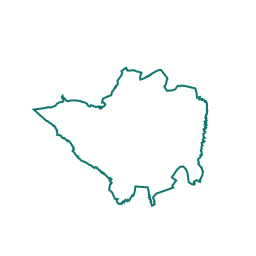 Chalchicomula de Sesma, Puebla, Mexico (Albers equal-area conic projection), rotated 212°
{"feature_id": "50627088B80469621247592", "entity_name": "Chalchicomula de Sesma", "entity_type": "district", "adm_level": 2, "iso_a3": "MEX", "parent_name": "Mexico", "parent_adm1": "Puebla", "projection": "albers", "projection_center": [-97.433, 18.977], "detail": "fine", "context": "isolated", "style": "outline", "palette": "teal", "viewbox_px": 256, "rotation_deg": 212, "n_neighbors": 0, "source": "geoboundaries", "source_scale": "gbopen_adm2", "svg_char_len": 5686}
<svg xmlns="http://www.w3.org/2000/svg" viewBox="0 0 256 256"><g transform="rotate(212 128 128)"><path d="M87.6,73.4L88.5,77.5L90.8,82.3L79.8,88.1L75.2,83.3L75.2,82.6L73.6,82.3L73.8,80.6L72.1,80.4L72.2,79.3L70.5,79.0L70.6,78.6L69.6,77.9L69.8,77.4L66.5,74.8L65.0,77.3L66.7,78.6L66.2,79.5L69.5,82.0L69.4,82.1L69.9,82.8L69.2,87.4L58.0,101.4L59.9,102.7L59.3,109.0L64.6,109.3L64.3,119.0L64.2,119.1L63.2,122.8L60.7,124.6L58.7,124.2L57.5,123.9L56.5,123.4L54.4,122.0L53.0,120.6L47.8,114.2L43.6,114.2L41.9,115.0L41.8,115.7L42.0,116.2L42.3,116.5L42.3,115.7L42.6,115.3L43.0,115.2L42.9,115.7L43.6,117.4L43.4,118.1L43.0,118.9L41.9,120.2L41.5,120.4L39.7,120.2L38.4,120.4L38.5,121.4L39.0,121.7L38.9,121.9L39.0,122.0L39.2,121.8L39.6,122.7L39.4,122.8L39.3,122.7L39.6,123.8L39.6,125.3L39.9,126.4L40.0,127.7L40.4,128.8L40.9,129.6L41.3,130.6L41.8,131.3L42.1,131.5L43.2,131.8L44.0,132.9L44.6,133.3L44.7,133.5L45.1,133.5L45.3,133.3L45.6,133.6L47.0,133.8L47.9,134.5L48.4,134.6L48.7,134.5L49.0,134.7L49.3,134.7L49.3,135.3L49.6,135.8L49.6,136.3L51.5,137.8L51.9,138.4L52.0,139.4L51.7,139.7L51.2,141.3L51.5,142.1L52.0,142.8L51.4,143.0L51.3,144.0L51.4,144.5L51.2,144.5L51.3,144.8L51.8,144.8L51.8,145.0L52.4,145.8L52.9,146.8L53.9,147.1L54.4,147.5L54.6,148.8L54.3,149.0L54.6,149.9L55.3,150.4L55.8,151.2L56.1,152.6L55.7,152.9L56.8,153.4L57.8,154.5L56.7,156.3L56.3,156.1L56.2,156.7L57.3,157.1L57.5,157.2L57.0,157.5L57.8,157.7L58.3,158.1L58.5,158.9L58.4,159.8L58.7,160.0L58.1,160.4L59.3,160.7L59.1,160.7L59.2,160.8L59.8,161.6L60.1,161.7L60.5,162.2L60.6,162.7L60.6,163.4L60.8,163.4L60.2,164.3L60.5,165.1L60.3,165.3L60.3,165.7L61.4,165.7L62.3,166.0L62.7,166.3L62.2,167.3L62.2,167.7L62.7,167.7L62.4,168.3L61.7,168.7L61.0,169.0L61.7,169.0L62.0,169.3L62.2,169.2L62.0,169.6L62.4,169.6L62.6,169.8L63.1,169.6L64.2,170.3L63.4,170.1L63.1,170.6L63.2,170.9L63.6,170.7L63.7,171.0L63.4,171.1L63.5,171.2L63.7,171.5L64.2,171.8L64.3,172.0L64.1,172.0L64.0,171.9L63.2,172.3L63.8,172.7L64.4,172.4L64.2,172.9L64.2,173.4L65.2,173.3L65.0,174.1L65.5,174.1L65.4,174.2L65.6,174.3L65.4,174.4L65.5,174.5L65.1,174.7L65.2,174.9L65.6,174.7L65.7,175.0L65.3,175.3L65.4,175.8L65.3,176.0L66.7,176.8L66.4,176.9L66.6,177.4L66.8,177.3L67.0,177.7L66.7,177.8L66.7,178.1L67.3,178.4L67.8,178.2L68.1,179.4L68.4,179.2L68.9,180.4L68.4,180.7L68.7,182.0L69.1,182.4L69.2,183.0L70.1,184.3L69.9,184.9L70.7,185.6L71.1,185.6L72.6,188.4L73.2,189.3L73.8,190.0L73.7,190.2L75.3,191.6L76.3,191.0L76.6,191.9L78.9,191.4L79.0,191.8L80.0,191.0L80.5,191.9L82.8,190.1L83.4,192.4L85.5,190.2L88.7,194.4L92.0,197.2L103.2,193.4L103.2,193.2L105.6,192.0L106.5,190.5L108.2,190.1L108.4,186.3L108.7,185.5L110.1,183.6L114.7,180.2L119.2,182.3L119.3,182.7L118.9,183.9L119.1,185.3L120.1,188.2L120.8,191.0L130.8,194.7L131.8,194.2L134.2,191.2L135.0,189.6L135.0,189.3L135.6,188.7L135.9,187.7L136.2,187.5L136.2,187.1L136.7,186.7L136.8,186.3L136.7,185.9L136.8,185.6L137.4,185.1L137.3,184.7L137.7,184.4L137.8,184.0L137.7,183.1L138.0,182.9L138.6,182.7L138.7,182.4L138.7,181.6L139.7,181.1L139.9,180.5L139.8,180.0L140.1,179.5L143.1,175.6L144.8,177.6L145.9,182.1L148.1,181.4L148.3,181.5L148.6,181.2L151.0,180.5L153.9,180.0L157.1,177.5L158.9,176.4L161.5,178.1L163.7,172.8L163.6,172.6L162.3,171.8L162.2,171.0L161.9,170.7L161.6,170.2L161.9,162.4L161.3,161.4L160.4,160.8L160.0,160.2L159.9,158.3L160.3,158.0L160.6,157.5L160.1,156.4L160.4,156.4L160.5,156.2L160.4,155.7L160.6,155.4L160.4,155.2L160.7,155.0L160.6,154.7L160.6,154.3L160.4,153.9L160.4,152.7L160.7,150.1L160.4,149.0L159.9,148.3L159.6,146.8L160.8,145.5L161.8,143.7L162.2,143.7L164.7,139.7L164.4,138.3L164.4,137.5L163.9,137.0L163.4,135.9L163.0,136.4L162.3,136.6L160.6,136.4L160.1,136.1L159.7,135.7L159.8,134.0L160.3,132.8L161.6,132.1L160.8,130.8L162.0,129.8L162.7,130.7L163.2,130.2L163.7,131.0L164.0,130.7L164.4,130.5L164.7,130.2L165.7,129.7L165.9,129.4L165.7,129.4L166.5,128.7L171.6,127.7L171.6,126.2L172.4,125.8L173.5,125.7L175.6,126.8L176.7,126.9L179.1,126.5L180.7,125.7L181.7,126.0L182.3,125.6L182.9,125.6L187.5,123.4L192.0,120.3L192.9,119.0L194.3,118.6L195.2,118.6L196.8,119.3L197.2,119.1L198.6,119.7L199.7,119.7L200.2,120.0L200.5,120.4L200.7,119.5L200.5,119.1L197.7,117.5L197.1,116.7L197.1,116.3L197.2,115.8L197.4,115.5L199.9,113.2L201.1,111.2L201.3,110.6L201.1,109.7L201.4,108.4L201.7,107.7L202.7,106.9L203.1,105.7L203.5,105.3L205.2,103.9L206.4,103.7L206.7,103.4L209.9,100.1L216.2,95.0L217.6,93.7L206.9,91.8L206.0,91.8L205.1,91.6L203.5,91.4L201.3,90.7L200.9,90.8L200.3,91.1L199.7,91.3L198.2,90.8L197.2,91.1L196.1,90.8L195.4,90.9L194.1,90.8L192.9,90.4L192.5,90.4L192.0,90.1L191.7,90.2L191.6,90.6L191.0,90.4L190.4,90.5L189.4,89.5L188.7,89.1L187.3,88.8L186.9,87.7L186.4,87.7L186.1,86.9L185.0,85.9L184.4,84.7L183.5,85.5L182.7,85.3L182.3,85.3L181.7,85.6L181.4,86.0L180.4,85.8L179.0,85.0L178.6,84.9L177.4,84.9L177.0,85.7L176.8,85.7L176.3,85.7L176.1,85.5L174.1,85.3L174.1,85.2L172.3,84.7L172.0,85.7L171.8,85.8L169.4,85.2L166.4,83.7L165.7,83.5L165.0,82.7L163.7,82.6L163.3,82.2L162.9,81.5L163.1,81.2L162.4,81.0L162.9,79.2L160.1,78.5L158.1,77.5L157.7,77.5L156.7,77.1L155.4,77.0L155.2,77.2L155.0,76.3L152.3,76.2L151.8,75.9L149.7,75.6L149.2,75.6L147.7,76.2L146.8,76.1L146.1,76.4L143.8,76.4L141.8,76.2L139.1,76.7L137.3,76.5L137.2,76.2L135.1,76.3L135.0,77.5L133.5,77.5L133.4,77.9L130.2,77.0L129.5,77.3L129.2,77.2L128.9,77.0L128.9,76.7L126.6,76.1L126.6,76.9L124.4,76.3L124.4,76.8L117.0,74.9L116.7,76.2L114.8,75.8L115.4,73.5L112.8,73.0L112.9,70.6L113.2,70.7L112.5,68.2L111.3,65.6L107.3,64.9L101.6,61.0L99.1,62.2L99.1,61.1L98.9,60.2L98.3,59.6L96.8,58.9L95.5,58.8L94.8,59.1L94.2,59.7L93.8,60.4L93.5,61.9L93.1,61.4L93.1,63.0L92.5,63.8L91.9,63.3L92.1,65.7L90.0,65.5L90.2,66.9L88.6,66.9L88.7,73.4L87.6,73.4Z" fill="none" stroke="#0f766e" stroke-width="2"/></g></svg>